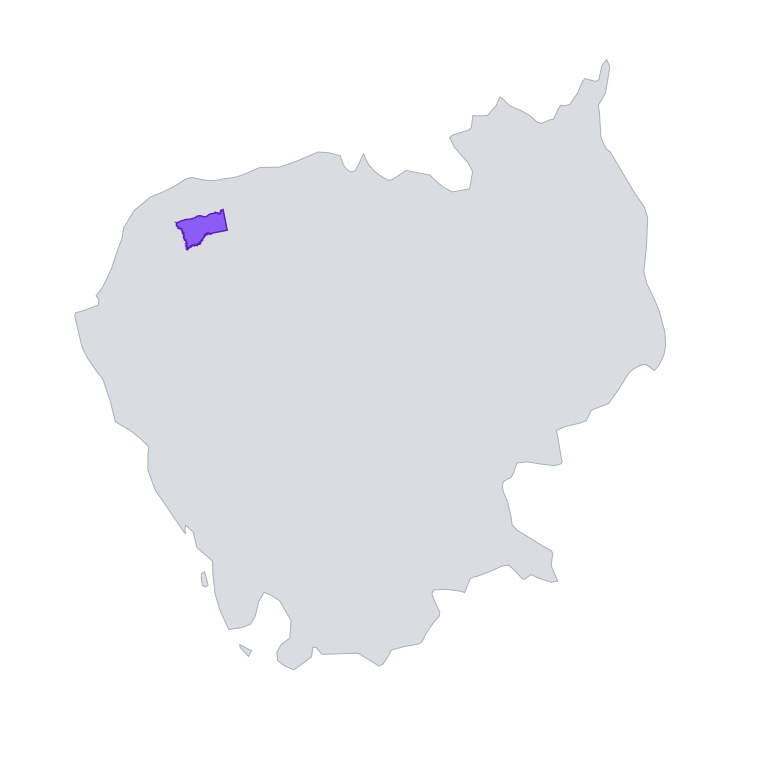 location of Chong Kal, Otdar Mean Chey, Cambodia, rotated 349°
{"feature_id": "14789045B71050789066686", "entity_name": "Chong Kal", "entity_type": "district", "adm_level": 2, "iso_a3": "KHM", "parent_name": "Cambodia", "parent_adm1": "Otdar Mean Chey", "projection": "natural_earth1", "projection_center": [103.539, 14.003], "detail": "fine", "context": "in_parent", "style": "filled", "palette": "violet", "viewbox_px": 768, "rotation_deg": 349, "n_neighbors": 0, "source": "geoboundaries", "source_scale": "gbopen_adm2", "svg_char_len": 7899}
<svg xmlns="http://www.w3.org/2000/svg" viewBox="0 0 768 768"><g transform="rotate(349 384 384)"><path d="M664.4,108.0L666.2,115.1L661.6,128.5L656.8,140.7L647.6,151.3L647.2,159.1L644.1,182.4L645.3,189.8L647.5,196.2L650.5,199.6L658.6,222.4L666.0,243.2L673.3,260.2L674.6,271.0L668.1,298.3L660.5,323.4L661.2,335.9L664.6,348.4L668.2,365.1L669.6,386.4L667.7,400.3L664.3,409.0L657.7,417.8L651.9,422.4L644.9,414.8L639.3,414.5L631.9,416.8L626.1,420.2L614.2,433.2L601.0,445.9L582.7,449.1L575.7,458.5L568.0,459.8L553.6,460.3L544.1,462.5L544.6,467.2L543.9,489.5L544.1,494.7L542.6,496.1L536.1,496.7L525.0,493.3L509.9,487.8L499.3,486.9L493.8,496.6L490.5,500.4L486.5,501.0L482.3,502.7L480.8,507.1L480.5,512.5L482.6,521.8L483.4,536.5L482.9,546.5L486.8,552.9L509.8,574.2L516.6,579.6L517.3,582.8L513.3,594.4L517.0,610.7L509.8,610.4L497.8,603.4L492.0,599.1L485.1,602.5L482.7,601.9L478.0,593.8L471.8,585.6L465.5,585.1L452.1,588.3L438.5,590.6L433.3,590.6L431.2,592.0L423.3,604.2L419.9,602.1L406.2,597.5L393.6,595.7L391.0,598.9L392.6,608.8L395.3,618.5L393.7,622.7L386.8,627.8L377.7,637.0L372.1,644.2L368.3,645.9L354.4,645.6L340.6,646.5L335.0,653.3L329.8,658.6L325.4,660.0L307.3,643.3L271.4,637.5L267.5,630.1L264.0,628.7L260.7,638.2L241.0,647.4L232.8,641.9L226.7,635.1L227.6,626.9L233.3,620.2L243.1,615.4L247.6,598.5L240.2,576.8L233.6,570.5L226.7,565.5L219.5,573.6L213.4,587.3L207.0,594.4L198.0,596.0L184.9,595.4L179.8,574.9L178.1,557.2L179.9,537.1L181.9,525.2L169.2,508.7L168.5,493.0L162.4,485.0L160.6,489.0L160.8,493.5L159.0,490.3L139.1,444.3L135.8,423.0L139.2,406.6L141.2,401.0L135.5,392.4L127.4,382.6L113.1,369.7L112.1,349.4L108.9,325.4L104.6,317.3L98.1,302.5L94.6,290.2L93.4,257.9L95.2,255.3L105.4,254.3L118.4,252.0L120.4,246.8L118.2,242.4L126.5,235.1L138.4,219.0L147.7,202.2L154.3,191.6L158.3,181.1L171.7,166.2L190.2,155.9L202.7,153.5L215.7,150.0L228.3,145.0L234.2,144.5L249.7,150.6L258.1,152.1L267.0,152.0L276.1,152.7L284.0,152.0L303.1,147.8L323.3,151.2L341.3,148.5L363.6,143.7L374.6,146.7L384.6,151.6L386.0,161.5L388.3,166.0L391.6,169.5L396.1,169.5L401.8,162.6L406.5,155.5L408.0,154.2L408.3,157.7L410.7,165.3L414.9,172.9L419.2,177.9L426.4,184.6L431.1,184.9L446.3,178.6L469.2,187.8L471.9,192.4L479.4,201.7L487.4,208.4L505.2,208.8L511.6,192.4L508.4,182.4L498.2,164.9L495.4,154.6L498.7,152.8L515.9,150.8L518.7,148.8L522.4,137.5L527.1,138.7L536.7,140.2L546.8,132.5L552.7,124.3L556.0,128.0L559.6,133.7L563.5,137.0L570.8,141.9L578.8,148.8L583.8,155.6L587.8,158.2L598.0,156.3L600.8,156.6L606.7,148.4L610.8,144.0L614.4,145.2L619.5,145.1L630.2,134.7L636.3,125.1L639.6,122.5L649.2,127.3L653.0,126.3L658.5,113.2L664.4,108.0ZM173.0,547.7L171.1,548.9L169.2,548.9L167.3,547.0L167.5,539.6L168.9,535.1L172.1,534.2L173.0,547.7ZM203.1,620.5L199.0,625.5L192.6,615.2L192.7,612.4L203.1,620.5Z" fill="#d9dde1" stroke="#a8b0b8" stroke-width="1"/><path d="M216.1,214.2L216.4,214.0L216.5,214.5L216.9,214.1L217.2,214.2L217.2,213.8L216.9,213.7L217.0,213.5L217.3,213.6L217.5,213.9L217.8,213.5L217.7,213.3L218.1,213.1L218.2,213.3L218.2,213.5L218.3,213.5L218.3,213.2L218.5,213.1L218.4,213.0L218.3,212.8L218.6,212.6L218.9,212.7L219.1,212.6L219.3,212.5L219.4,212.3L219.7,212.3L219.8,212.6L220.1,212.4L220.4,212.6L220.4,212.3L220.8,211.9L220.7,211.6L220.7,211.4L220.8,211.3L221.2,211.4L221.5,211.6L221.6,211.4L221.8,211.4L221.9,211.7L221.8,212.0L222.1,211.9L222.0,211.5L222.0,211.4L222.6,211.6L222.9,211.4L222.9,211.5L223.0,211.7L223.4,211.8L223.5,211.8L223.7,211.7L223.9,211.4L224.1,212.0L224.3,212.2L224.5,212.1L224.3,211.9L224.2,211.6L224.9,211.5L225.0,211.5L225.0,211.8L225.4,212.1L225.6,212.0L225.5,211.8L225.6,211.7L225.8,211.7L225.9,211.9L226.1,212.0L226.5,211.9L226.4,211.3L226.5,211.1L226.8,211.2L226.8,211.6L226.9,211.8L227.0,211.8L227.3,212.3L227.5,211.9L227.4,211.7L227.5,211.6L227.7,211.3L228.4,211.4L228.5,210.8L229.0,210.9L229.0,211.2L229.1,211.5L229.4,211.6L229.3,211.3L229.4,211.2L229.3,210.6L229.3,210.4L229.6,210.8L229.7,210.6L229.9,210.7L230.2,210.5L230.3,210.5L230.5,211.0L230.7,210.8L230.6,210.6L230.9,210.5L230.9,210.4L230.7,209.8L230.6,209.5L230.7,209.3L230.8,209.3L231.1,209.6L231.4,209.6L231.5,209.5L231.4,209.2L231.5,209.1L231.8,209.1L232.0,209.1L232.0,208.9L231.8,208.7L231.7,208.5L231.8,208.4L232.2,207.9L232.3,207.9L232.4,208.0L232.6,207.8L232.9,207.7L233.0,207.8L233.3,208.3L233.5,208.2L233.4,207.4L234.6,206.1L234.7,205.6L235.0,205.5L235.4,205.7L235.5,205.4L235.7,205.5L235.9,205.2L236.2,205.0L236.0,204.7L235.9,204.6L236.0,204.5L236.1,204.4L236.3,204.7L236.5,204.6L236.3,204.2L236.3,203.9L236.2,203.7L236.3,203.5L236.6,203.7L236.7,204.1L237.4,203.8L237.5,203.5L237.1,203.4L237.0,203.2L237.5,202.9L237.6,203.1L237.8,203.1L237.7,202.6L238.1,202.3L238.2,202.7L238.3,202.7L238.6,202.6L238.6,202.9L238.7,203.1L238.8,203.0L239.2,203.6L239.4,203.4L239.5,203.3L239.1,203.0L239.4,202.9L239.8,202.3L239.9,202.7L240.2,202.9L240.5,202.7L241.0,202.6L241.1,202.8L240.8,203.2L240.8,203.3L241.2,203.3L241.4,203.1L241.4,203.4L241.5,203.5L241.7,203.3L242.0,203.3L242.1,203.8L242.4,203.7L243.1,203.7L243.7,203.4L244.1,203.1L259.4,203.1L259.3,182.1L259.0,182.2L258.6,182.2L258.5,182.5L258.0,182.7L257.7,182.5L257.7,183.0L257.1,183.3L257.0,183.2L256.9,183.1L256.5,182.9L256.4,183.0L256.3,183.6L256.3,183.8L256.5,184.0L256.5,184.3L256.3,184.4L256.1,184.4L256.1,184.7L256.2,184.9L256.2,185.0L255.7,185.0L255.3,185.5L254.9,185.5L254.8,185.8L254.7,185.8L254.4,185.7L254.3,185.3L254.0,184.8L253.5,184.3L253.3,184.2L252.1,184.0L251.9,183.8L251.7,183.9L251.7,183.7L251.3,183.5L251.2,183.2L251.4,183.1L251.0,183.1L250.9,183.2L250.6,183.4L250.5,183.7L250.3,183.9L250.0,184.0L249.7,184.0L248.3,184.1L247.2,183.8L246.4,183.9L245.5,184.1L245.0,184.1L244.4,184.4L243.8,184.7L242.6,185.3L241.2,185.7L240.0,185.7L239.2,185.5L237.5,184.7L235.9,183.8L235.2,183.7L233.6,183.6L233.0,183.6L232.5,183.7L231.1,184.2L230.0,184.8L228.4,185.0L227.9,185.0L227.0,185.1L223.3,185.1L222.0,184.8L220.3,184.7L219.8,184.8L218.4,185.1L216.6,185.1L216.0,185.2L212.3,186.2L211.9,186.2L211.1,186.0L211.3,186.2L211.1,186.2L211.0,186.4L211.2,186.6L211.1,186.8L210.9,187.5L210.8,187.8L210.7,188.4L210.6,188.7L210.5,188.8L210.6,189.2L210.8,189.3L210.9,189.6L211.4,189.7L211.6,189.9L211.5,190.1L211.7,190.5L212.0,190.6L212.0,190.8L211.8,191.0L211.9,191.3L212.0,191.5L211.9,191.6L212.1,191.6L212.2,191.9L212.3,191.8L212.7,192.2L212.9,192.2L213.0,192.5L213.2,192.4L213.4,192.3L213.4,192.2L213.6,192.2L213.7,192.4L213.7,192.5L214.0,192.5L213.9,192.4L214.0,192.3L214.1,192.5L214.2,192.8L214.5,192.7L214.5,193.0L214.6,193.3L214.6,193.5L215.0,193.6L214.8,194.0L214.6,194.2L214.7,194.3L214.8,194.4L214.7,194.6L214.8,194.7L215.0,194.7L215.1,194.8L214.9,195.0L215.0,195.1L215.3,195.3L215.1,195.6L215.2,195.9L215.3,195.8L215.4,196.3L215.3,196.5L215.5,196.4L215.8,196.6L215.7,196.6L215.5,197.0L215.6,197.4L215.4,197.7L215.4,197.8L215.6,197.7L215.9,198.0L215.7,198.2L215.6,198.3L215.7,198.5L215.5,198.8L215.6,199.2L215.9,199.4L215.9,199.5L215.7,199.6L215.8,199.9L216.1,199.9L216.2,200.2L216.1,200.3L216.0,200.5L215.8,200.6L215.7,200.9L215.6,201.0L215.8,201.2L215.8,201.3L215.7,201.3L215.6,201.1L215.6,201.5L215.3,201.5L215.4,201.8L215.7,201.9L215.7,202.0L215.5,202.3L215.3,202.4L215.2,202.6L215.3,202.7L215.5,202.7L215.6,202.8L215.6,203.1L215.7,203.3L215.6,203.7L215.8,203.9L215.8,204.2L215.9,204.3L216.3,204.3L216.2,204.5L215.9,204.8L216.2,204.9L216.5,204.9L216.6,205.2L216.4,205.3L216.6,205.5L216.7,205.4L216.7,205.7L216.8,205.7L217.0,206.0L217.0,206.4L216.9,206.6L217.0,206.8L216.9,206.9L216.8,207.3L217.1,207.3L216.9,207.6L217.2,208.1L217.3,208.3L216.9,208.3L217.2,208.5L217.4,208.6L217.1,208.9L216.8,209.2L216.8,209.3L216.7,209.3L216.7,209.6L216.6,209.9L216.7,210.1L216.2,210.1L216.3,210.4L216.5,210.8L216.3,211.0L216.2,211.0L216.5,211.3L216.9,211.6L216.7,212.2L216.4,212.1L216.3,212.3L216.4,212.8L216.2,212.7L215.9,212.7L215.9,213.0L216.0,213.1L216.0,213.4L216.1,213.5L215.9,213.8L216.0,213.9L215.9,214.1L216.1,214.2Z" fill="#8b5cf6" stroke="#5b21b6" stroke-width="1.5"/></g></svg>